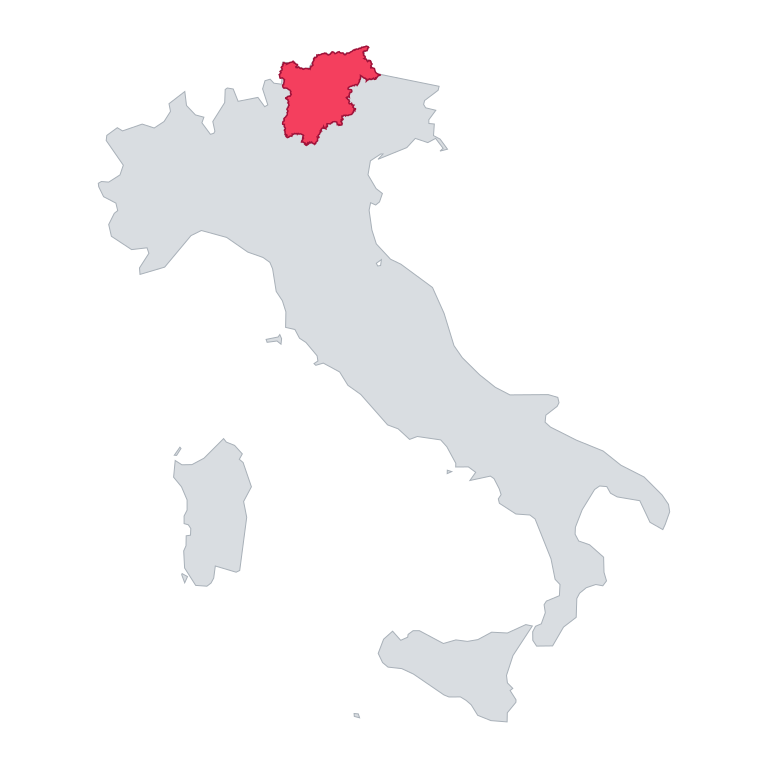 location of Trentino-Alto Adige, Bozen, Italy
{"feature_id": "23120603B10307341449000", "entity_name": "Trentino-Alto Adige", "entity_type": "district", "adm_level": 2, "iso_a3": "ITA", "parent_name": "Italy", "parent_adm1": "Bozen", "projection": "mercator", "projection_center": [11.286, 46.382], "detail": "fine", "context": "in_parent", "style": "filled", "palette": "rose", "viewbox_px": 768, "rotation_deg": 0, "n_neighbors": 0, "source": "geoboundaries", "source_scale": "gbopen_adm2", "svg_char_len": 9447}
<svg xmlns="http://www.w3.org/2000/svg" viewBox="0 0 768 768"><path d="M117.3,127.7L122.5,130.9L142.2,124.1L154.2,128.0L164.1,121.5L170.5,111.4L169.0,103.7L184.8,91.5L186.5,105.5L195.4,114.9L203.9,117.2L201.9,122.8L210.4,134.3L213.8,133.3L214.9,131.2L212.8,121.5L224.7,102.6L225.2,89.5L227.3,88.0L233.2,89.0L238.1,101.3L257.9,97.4L264.7,106.7L267.8,104.9L262.6,88.9L265.0,80.7L270.2,79.2L273.9,83.2L281.6,84.2L281.9,79.4L280.0,76.2L282.6,62.1L294.0,63.4L300.7,68.4L308.7,68.3L315.4,57.1L320.8,54.3L346.4,53.6L365.3,46.8L366.9,48.3L363.5,53.6L364.6,57.1L375.9,73.5L439.1,86.3L438.1,90.3L424.6,100.5L423.6,104.4L425.6,107.8L435.8,110.3L428.8,119.8L428.9,123.5L434.3,124.0L433.5,135.6L440.1,139.1L447.5,149.2L440.0,151.1L443.1,148.3L435.6,138.4L427.8,142.6L415.3,138.4L406.8,147.6L378.0,159.3L383.0,154.0L380.9,153.9L370.4,160.8L368.0,174.8L376.1,188.6L382.4,193.5L379.5,201.9L375.7,205.0L370.6,202.7L369.1,210.2L371.9,230.0L376.3,243.9L390.5,259.2L400.9,264.2L432.5,287.5L444.1,313.4L454.0,345.7L462.3,357.7L479.6,374.8L495.3,387.3L509.9,394.9L548.2,394.6L557.8,397.4L559.0,402.7L557.2,406.3L545.8,415.2L545.1,422.2L550.5,427.1L576.5,440.2L603.1,451.0L620.9,465.2L644.1,477.0L662.1,495.0L668.5,504.4L669.7,511.8L665.2,524.4L662.8,529.6L650.0,522.3L639.8,500.7L617.2,496.9L610.5,493.2L606.8,486.6L599.6,486.0L594.6,489.5L582.2,509.7L575.4,527.2L575.1,534.2L578.7,541.0L589.6,544.8L603.6,557.2L604.0,572.3L606.5,580.9L602.8,585.8L595.8,584.5L586.3,587.7L579.6,593.2L576.8,598.5L576.2,617.3L563.5,627.1L552.6,645.9L536.6,646.1L532.8,640.3L532.7,631.7L535.5,626.3L541.3,623.8L545.3,612.7L544.1,604.7L546.4,601.1L559.4,595.7L560.0,584.5L555.1,579.3L551.0,558.8L535.1,519.0L529.9,515.0L515.9,514.0L499.4,503.3L498.3,498.9L501.1,494.6L499.2,488.7L494.0,478.6L490.4,476.1L469.9,480.5L475.7,472.3L468.4,466.9L455.7,467.0L455.8,463.3L446.8,446.7L440.7,439.9L417.3,436.5L409.6,439.4L398.1,428.8L387.6,424.9L360.8,394.5L347.9,385.3L339.7,372.0L323.3,363.1L315.8,365.3L314.0,363.6L317.9,361.0L317.1,355.8L306.0,342.5L299.5,338.2L294.9,329.5L285.6,327.4L285.9,311.9L282.4,300.8L276.2,291.4L272.6,268.8L269.9,262.4L263.1,257.5L247.8,252.1L226.6,237.4L201.3,230.5L191.0,235.6L164.7,267.1L140.0,274.4L139.5,267.9L148.9,253.3L147.0,247.8L131.6,249.6L111.4,236.3L108.7,224.5L114.3,213.3L117.7,210.6L115.9,203.1L103.6,196.7L98.7,186.7L98.3,183.3L101.4,181.5L108.7,182.1L120.0,174.9L123.3,165.2L106.2,140.5L106.8,135.4L117.3,127.7ZM380.6,265.5L381.4,259.6L376.3,263.3L377.7,266.0L380.6,265.5ZM532.3,626.0L513.0,655.5L506.5,675.4L507.4,682.9L512.8,688.4L510.1,690.5L516.0,699.8L515.9,702.3L507.3,712.8L507.1,721.9L490.9,720.6L477.7,715.3L471.2,704.8L466.0,700.3L460.4,696.9L449.0,697.0L443.9,694.9L413.5,674.1L401.7,668.6L388.0,667.1L382.6,662.6L378.2,653.4L383.6,639.2L392.6,631.2L400.7,640.3L407.7,637.2L408.1,634.4L413.1,630.7L419.4,630.7L443.4,643.5L455.9,639.9L467.4,641.4L477.9,639.6L491.6,632.2L507.4,633.0L525.8,624.6L532.3,626.0ZM243.1,462.5L251.4,486.8L243.6,501.5L246.7,517.3L239.7,570.5L236.1,572.2L215.3,566.0L213.7,578.1L211.0,583.1L206.9,586.2L195.7,585.4L184.6,568.0L183.7,550.9L186.0,545.8L186.2,535.8L190.5,535.2L190.8,528.5L188.3,524.8L184.1,523.6L184.1,516.0L187.1,510.1L187.1,499.9L181.5,486.8L173.6,477.2L175.2,460.5L181.9,464.8L192.0,464.6L204.0,458.2L223.6,438.6L226.3,442.1L234.6,445.4L242.3,453.9L239.3,459.3L243.1,462.5ZM279.8,334.6L281.6,338.7L281.0,344.2L277.0,341.0L267.1,342.3L266.1,339.4L278.1,337.0L279.8,334.6ZM187.5,576.6L184.7,582.8L181.7,574.7L182.1,573.6L187.5,576.6ZM181.0,448.5L176.6,455.4L174.3,455.2L179.9,447.2L181.0,448.5ZM359.6,717.8L354.3,716.4L354.1,713.5L358.3,713.9L359.6,717.8ZM451.7,471.6L447.2,473.6L447.3,470.2L451.7,471.6Z" fill="#d9dde1" stroke="#a8b0b8" stroke-width="1"/><path d="M300.6,133.8L303.4,135.2L303.6,135.6L303.0,136.2L302.8,137.3L303.1,137.2L303.4,138.2L303.1,138.3L303.0,138.9L302.6,138.9L302.4,140.3L301.7,140.9L301.5,142.0L303.3,142.1L303.9,142.7L305.0,143.0L305.4,143.4L304.7,144.1L305.9,145.2L306.3,145.1L306.6,144.4L307.2,144.3L307.6,143.2L307.8,143.6L307.5,144.7L308.5,144.0L308.4,143.7L308.9,143.4L308.6,142.8L309.4,142.6L309.5,142.0L309.8,142.0L309.8,142.9L311.0,142.9L311.7,142.1L312.1,142.7L313.5,143.8L314.5,143.6L314.9,143.7L314.9,144.1L315.7,143.5L315.7,142.7L316.0,142.2L317.6,140.7L317.4,139.9L317.7,138.8L317.3,137.3L318.1,137.7L318.8,137.5L318.3,136.8L318.6,136.4L318.2,136.2L318.1,135.5L318.8,134.6L319.5,134.2L319.7,133.0L320.5,132.5L320.8,131.1L320.3,130.9L320.9,130.4L321.3,130.6L321.0,129.6L321.5,129.2L321.6,128.3L321.4,128.1L322.0,128.4L322.3,128.1L323.6,128.2L323.4,127.3L323.5,126.9L323.7,127.6L324.1,127.4L324.4,128.2L325.8,128.8L325.6,128.1L326.2,127.8L326.3,126.5L327.4,126.6L327.5,126.0L326.9,124.4L327.0,123.7L330.5,123.9L331.5,122.7L332.2,122.7L332.5,122.0L333.1,121.8L335.0,121.6L336.8,122.1L337.3,124.7L337.8,124.5L338.5,124.9L338.9,124.5L339.4,124.7L339.2,125.3L341.4,125.0L342.0,124.7L341.9,123.7L342.2,123.3L341.6,122.4L341.5,121.9L341.3,121.8L341.4,121.6L341.1,121.4L341.8,120.6L341.4,120.5L341.1,120.0L341.7,119.4L343.0,119.4L342.9,118.7L342.1,118.0L341.9,117.2L342.0,116.1L342.9,116.3L343.5,115.4L344.7,115.3L345.2,115.3L345.5,115.9L346.2,115.2L346.6,115.4L348.2,115.5L348.5,115.1L351.6,114.4L352.6,113.3L352.5,113.0L353.4,112.2L353.2,111.8L353.7,111.0L353.7,110.4L354.8,110.8L354.7,110.0L355.4,109.5L355.4,108.7L354.2,108.8L353.5,107.5L352.8,107.0L353.8,105.3L353.4,105.3L352.6,104.8L352.0,105.0L351.6,104.4L351.8,103.6L351.6,103.2L350.6,103.7L349.4,103.8L348.8,102.8L349.5,101.3L349.0,100.8L349.1,100.0L347.7,99.4L347.6,98.7L346.6,98.2L346.3,97.6L347.2,97.0L347.6,97.2L348.2,97.0L348.5,96.4L349.3,97.1L349.1,95.6L349.3,94.7L349.6,94.0L349.4,93.7L349.8,93.1L350.0,92.3L351.0,92.4L351.8,91.7L351.7,90.2L351.3,89.7L348.2,89.3L348.0,88.8L348.3,87.7L349.8,86.6L351.8,86.1L352.9,85.4L354.5,85.7L354.7,85.0L355.5,84.6L356.6,84.6L357.1,85.4L358.5,83.4L358.8,82.4L359.4,81.8L359.6,80.8L359.3,80.2L359.7,80.0L359.7,79.5L360.3,79.2L360.5,77.9L360.7,77.7L360.4,77.0L360.6,76.5L360.5,75.5L362.3,76.6L363.3,77.6L363.8,77.7L364.2,78.3L365.0,78.1L365.4,78.3L366.0,79.3L366.6,79.2L366.4,81.1L367.4,80.1L368.8,79.6L369.0,79.0L369.8,78.7L370.2,79.3L370.8,79.5L371.9,79.4L372.4,79.0L372.4,78.6L373.3,78.7L373.5,78.4L373.9,79.0L374.5,79.4L375.7,79.1L376.0,78.8L375.4,78.2L375.5,77.7L376.7,77.7L378.1,75.9L380.2,75.1L380.0,74.6L378.5,74.5L377.7,73.8L377.2,73.7L375.7,72.5L375.0,70.9L374.4,68.5L372.1,67.7L370.8,67.9L370.7,67.2L371.3,66.5L370.8,65.6L372.0,64.3L372.0,63.8L371.4,63.6L371.1,62.7L371.2,62.1L370.4,61.5L370.6,61.1L370.4,60.7L368.8,60.3L368.4,61.0L367.9,61.0L367.6,61.5L366.8,60.5L366.8,59.9L366.3,59.2L365.3,58.9L365.0,59.1L364.1,58.6L364.6,58.4L365.3,57.0L364.8,56.1L363.8,55.6L363.5,55.2L363.8,53.8L363.3,53.6L363.4,53.0L363.0,52.1L364.3,50.9L365.1,51.2L365.8,50.8L367.0,50.7L367.6,49.4L367.6,48.4L368.7,47.6L368.1,46.7L366.2,46.1L364.9,46.8L363.7,46.9L362.9,47.4L361.9,47.1L361.1,47.7L360.9,48.4L359.2,48.2L358.2,49.2L356.2,49.0L355.6,49.7L355.0,49.5L354.6,50.2L353.9,49.9L353.1,50.3L352.0,51.4L350.5,52.0L349.3,53.1L346.7,53.1L345.8,54.5L345.0,54.8L344.1,54.5L343.3,53.1L342.2,52.9L341.0,53.1L339.6,52.4L339.2,51.7L337.4,52.2L337.0,52.5L337.0,52.8L335.0,53.7L333.7,52.2L332.1,51.8L331.7,52.4L331.6,52.9L330.8,53.1L330.3,54.2L328.5,55.0L327.4,54.6L326.3,53.3L325.6,53.2L325.2,53.6L324.4,53.1L323.8,53.7L323.1,53.6L321.6,54.0L321.3,54.4L319.6,54.8L319.0,55.2L318.4,54.7L317.5,55.2L316.9,55.0L316.8,56.1L317.1,56.5L316.9,56.8L315.7,57.7L314.5,57.4L314.3,57.7L314.2,58.5L313.6,58.8L313.7,60.3L313.9,60.3L312.4,63.0L312.6,63.6L312.4,64.0L312.7,64.3L313.0,65.1L311.8,66.1L310.9,66.3L311.1,66.6L310.7,67.2L310.1,69.1L309.6,68.6L308.3,69.0L307.8,68.6L305.3,68.4L303.4,69.3L302.7,69.1L302.6,68.6L301.9,68.5L301.3,68.0L300.9,68.0L300.6,68.5L300.0,68.4L298.7,66.9L297.3,67.7L296.0,67.5L295.8,66.8L296.7,66.4L297.0,65.6L297.6,65.0L297.2,64.4L295.7,64.0L295.3,63.4L294.2,63.0L294.4,62.3L293.2,61.7L293.0,61.3L292.3,62.0L289.5,62.6L289.2,63.1L287.2,64.0L287.6,63.3L285.9,63.5L284.6,63.2L283.9,62.5L283.4,62.8L283.5,63.2L283.2,63.7L283.3,64.2L282.8,64.5L282.9,65.5L282.5,66.4L281.5,66.9L281.2,67.5L282.1,68.6L282.1,70.0L280.1,71.4L281.0,72.4L280.8,73.1L280.2,73.3L279.8,74.4L279.2,74.7L279.7,75.7L279.7,76.8L280.2,78.2L282.3,77.8L284.5,79.7L284.1,80.4L284.3,80.8L284.1,81.2L284.3,81.5L284.1,82.3L283.7,83.1L283.8,83.7L283.6,84.7L282.9,84.8L282.6,85.5L282.9,87.0L283.7,88.0L284.1,88.2L284.6,87.9L287.2,88.3L288.6,89.6L289.7,89.9L290.8,91.4L290.5,91.7L290.6,93.6L290.9,94.2L291.2,94.2L291.3,94.6L290.1,95.7L290.1,96.2L288.1,96.3L286.9,97.2L287.0,97.6L286.8,97.9L285.8,97.8L285.7,98.5L288.1,99.9L288.0,100.8L288.7,101.8L287.8,102.9L288.5,103.4L289.0,105.5L288.2,106.3L288.3,107.2L287.3,108.2L286.9,109.4L288.0,111.0L287.7,111.5L287.5,112.2L287.1,112.5L287.3,113.0L287.3,114.4L286.9,115.4L285.9,116.4L285.7,117.0L284.5,117.9L284.0,118.7L283.8,119.0L284.2,119.4L284.2,120.9L283.5,121.1L282.9,121.8L282.6,123.3L282.7,124.2L283.9,124.6L284.4,124.5L284.2,126.4L284.5,126.6L284.5,127.2L285.2,127.8L285.4,128.2L285.3,129.1L284.6,129.5L284.7,130.0L284.4,130.4L284.5,130.7L285.1,131.2L285.0,132.4L285.3,133.6L285.0,134.3L285.3,134.8L286.3,134.6L287.0,135.2L286.1,136.0L286.6,136.3L286.3,136.7L286.7,137.0L287.3,137.6L288.8,137.2L289.0,136.7L290.3,136.1L291.4,136.0L291.8,136.2L292.2,135.1L292.5,134.9L292.3,134.1L293.4,134.3L294.5,133.5L295.1,133.9L296.2,133.5L297.0,133.9L297.2,134.3L297.6,133.7L298.1,133.4L298.9,134.1L300.6,133.8Z" fill="#f43f5e" stroke="#9f1239" stroke-width="1.5"/></svg>